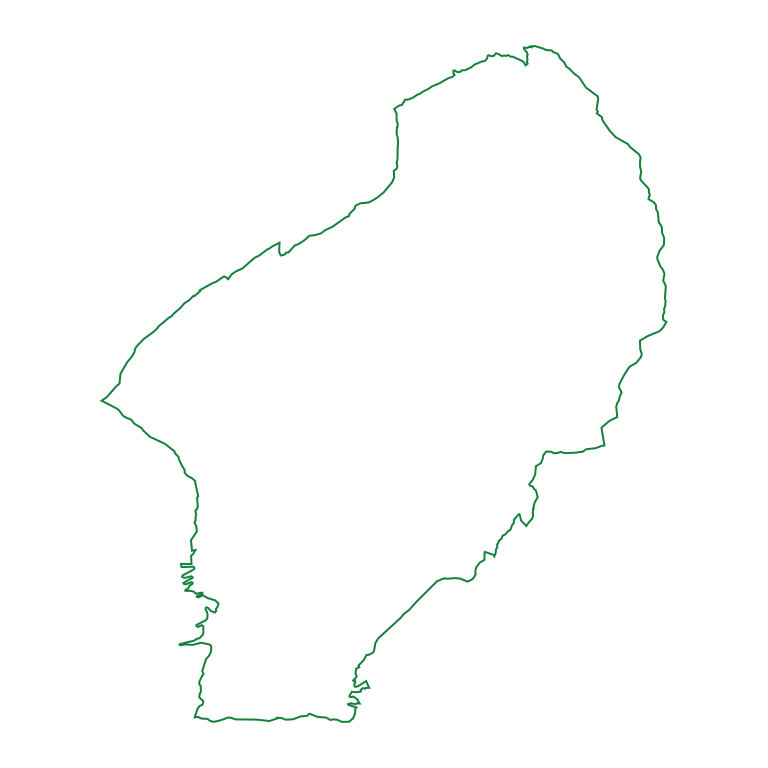 outline of Soimari, Prahova, Romania
{"feature_id": "2599482B11828536886615", "entity_name": "Soimari", "entity_type": "district", "adm_level": 2, "iso_a3": "ROU", "parent_name": "Romania", "parent_adm1": "Prahova", "projection": "equal_earth", "projection_center": [26.208, 45.169], "detail": "fine", "context": "isolated", "style": "outline", "palette": "green", "viewbox_px": 768, "rotation_deg": 0, "n_neighbors": 0, "source": "geoboundaries", "source_scale": "gbopen_adm2", "svg_char_len": 6048}
<svg xmlns="http://www.w3.org/2000/svg" viewBox="0 0 768 768"><path d="M526.3,526.0L528.8,522.3L532.2,518.7L533.2,515.6L532.7,512.2L533.5,508.9L533.1,508.9L533.5,507.1L534.8,502.1L537.7,497.2L535.9,490.4L533.8,488.6L533.0,486.8L529.9,485.5L529.3,484.1L532.9,479.6L535.1,474.7L536.0,466.1L540.9,463.2L542.7,458.8L543.2,455.5L546.2,451.5L551.4,451.8L553.6,453.2L556.9,453.1L561.1,451.9L563.6,452.9L566.0,453.1L575.0,452.7L582.5,451.8L586.0,449.3L595.6,448.2L601.8,445.8L604.4,445.5L601.5,427.6L609.3,421.0L617.3,417.0L616.2,406.6L617.2,403.1L618.9,400.6L619.5,397.3L621.6,392.3L619.3,388.1L619.0,386.4L619.3,384.4L623.6,375.9L628.7,367.8L630.3,366.2L636.1,363.0L641.0,357.0L641.8,354.0L640.2,349.0L640.0,340.5L648.5,335.7L659.6,331.2L663.0,327.6L666.4,322.0L663.2,319.7L662.9,315.5L664.4,312.0L664.0,308.6L665.1,306.7L665.6,300.7L664.9,298.7L665.8,286.1L663.2,280.4L664.5,273.9L662.8,269.5L660.4,266.3L657.7,260.1L657.1,257.4L659.6,250.7L663.9,245.0L664.2,238.2L662.0,232.4L662.0,228.1L661.2,225.6L658.8,222.4L657.8,212.2L656.2,209.5L655.9,205.0L653.6,202.1L648.6,199.2L648.7,197.4L649.8,195.3L648.8,191.7L649.0,189.7L647.6,187.4L641.3,180.9L640.1,178.5L641.2,171.3L640.1,167.2L640.0,161.5L640.6,158.2L640.3,156.9L639.0,154.3L630.2,147.2L628.2,144.3L615.7,137.2L610.0,131.1L603.0,121.0L602.1,119.0L602.1,117.3L596.9,113.4L597.8,111.4L596.5,109.6L598.2,99.1L597.7,96.3L586.1,87.7L579.1,77.3L573.7,73.2L569.2,68.5L566.6,67.0L564.1,62.2L560.1,58.4L557.9,53.9L553.3,52.1L551.8,50.5L546.0,50.0L543.2,48.6L535.1,46.1L530.8,46.3L531.3,47.2L528.7,47.0L527.5,47.9L524.0,47.7L524.0,48.8L526.9,52.5L527.7,54.6L526.9,56.0L527.5,59.5L527.0,62.2L527.6,63.7L525.6,65.4L524.0,62.5L522.1,60.9L512.8,56.7L510.8,56.7L508.1,55.1L505.8,56.0L504.4,55.5L501.9,56.1L498.3,54.0L496.0,53.3L493.7,55.9L491.5,56.2L488.5,55.3L487.5,56.2L487.2,58.4L484.6,61.2L482.2,61.4L474.4,64.6L471.4,67.2L464.9,70.3L462.0,70.2L460.1,71.9L458.2,72.2L456.2,71.6L455.4,70.7L453.4,70.6L453.3,72.9L454.6,75.0L452.1,77.0L448.3,78.2L439.6,83.2L431.6,86.6L428.7,88.8L422.5,91.8L419.5,94.1L417.7,94.5L413.0,97.6L408.5,99.5L404.8,99.8L404.0,102.2L402.9,103.0L402.3,104.7L398.9,105.7L394.2,109.0L396.5,113.4L396.7,121.0L397.7,123.4L397.6,126.7L396.9,127.2L396.6,133.8L397.7,137.8L398.1,143.9L397.7,147.1L397.5,158.7L396.7,163.0L397.4,166.8L396.6,168.7L393.8,170.8L394.2,177.1L392.3,182.0L384.0,192.1L377.7,197.3L371.9,200.9L368.4,202.5L360.4,203.3L356.4,205.2L355.2,206.2L354.5,209.0L349.5,213.7L349.0,216.1L345.6,217.4L332.1,227.0L325.4,230.0L321.0,233.4L315.0,235.1L309.3,235.8L304.3,240.3L298.2,244.3L294.8,245.4L288.4,252.5L286.1,252.6L284.6,254.6L280.9,255.5L279.2,252.3L279.5,242.8L272.4,246.3L268.7,249.0L267.3,249.4L259.2,255.6L254.9,257.6L242.2,268.6L236.1,271.3L231.7,274.3L228.1,279.2L226.5,277.5L224.0,276.4L215.9,281.9L212.7,283.0L199.7,290.3L200.1,291.1L199.2,291.9L194.5,296.0L193.6,295.8L188.9,300.4L184.4,303.3L180.5,307.8L173.2,314.1L171.6,316.3L169.2,317.5L159.0,326.0L156.3,329.4L152.3,332.8L143.6,339.1L136.6,346.4L134.8,349.5L134.7,351.6L131.8,356.7L127.1,362.3L120.5,373.7L119.5,383.5L115.7,386.9L106.8,397.2L101.6,400.7L117.4,408.9L119.3,410.7L123.0,415.7L126.6,417.9L131.1,419.6L134.3,423.6L141.4,428.0L143.9,431.2L150.2,437.0L164.6,443.6L174.6,451.4L174.6,452.8L178.5,456.9L179.1,459.6L181.9,465.6L184.7,470.2L184.6,472.5L187.1,475.6L192.5,478.6L195.3,481.1L195.3,483.2L198.2,496.2L197.1,497.8L197.8,506.9L196.7,509.3L195.4,510.5L196.2,515.0L195.5,516.9L195.7,520.3L194.5,522.4L196.4,526.7L196.8,531.6L191.0,540.2L192.0,550.7L195.4,550.1L193.2,553.9L191.1,555.8L191.5,564.0L180.9,564.0L181.5,567.1L193.1,566.7L194.2,567.4L194.5,568.6L192.7,570.1L182.6,575.4L182.1,576.8L183.5,577.7L185.3,577.8L191.4,576.3L192.7,577.4L191.8,578.6L190.2,579.0L183.4,583.0L183.7,583.8L185.8,584.3L191.4,582.1L192.7,582.9L192.4,583.9L189.4,585.7L188.1,588.6L185.4,589.9L185.4,590.8L190.8,590.9L193.9,591.7L195.9,593.7L202.1,592.6L202.6,593.4L202.3,594.3L197.4,595.9L196.8,596.7L198.4,597.4L202.1,595.5L203.4,595.6L207.4,598.0L215.2,600.4L218.4,603.4L217.8,606.4L215.9,609.0L216.0,611.2L214.9,612.5L210.8,610.9L208.1,607.9L206.8,607.4L205.8,607.8L205.5,609.3L206.8,611.4L207.5,614.5L207.3,618.4L205.6,620.4L196.6,624.8L196.5,626.2L197.9,626.9L201.8,625.2L203.3,626.3L203.3,632.9L202.9,634.5L201.1,636.6L199.4,638.2L196.7,638.9L194.0,640.7L180.1,644.0L179.5,644.7L180.3,645.3L185.2,644.4L192.6,644.9L201.3,642.7L209.4,644.5L210.9,645.5L211.3,648.1L211.0,651.9L208.8,656.1L206.0,659.0L202.2,671.3L203.6,674.1L202.3,675.6L199.3,681.8L199.3,684.3L200.7,685.8L200.9,691.7L199.7,694.1L199.2,696.7L200.1,698.3L203.3,701.0L203.0,703.4L202.4,704.7L199.5,706.1L197.5,708.9L194.7,717.3L198.1,717.0L201.6,718.6L207.4,718.9L210.0,720.8L213.5,721.9L220.7,720.3L227.6,717.6L230.9,717.7L235.5,719.4L256.5,719.6L269.5,721.0L277.0,718.5L276.5,718.2L276.7,717.8L280.9,717.8L285.7,719.7L293.0,719.3L301.0,716.3L307.3,715.8L308.5,714.2L309.7,713.8L317.5,716.9L326.2,717.6L330.4,720.0L333.0,719.4L337.4,719.8L342.0,721.9L349.1,721.7L352.8,718.6L353.7,716.9L355.1,713.5L355.3,708.9L356.4,707.5L348.3,704.8L348.0,704.2L350.8,703.3L355.7,704.2L356.8,703.3L359.7,703.5L357.1,699.2L353.2,696.5L351.7,697.1L349.5,696.7L349.5,695.7L351.9,691.8L356.5,692.3L360.2,691.7L361.0,691.4L360.6,689.9L362.8,688.2L365.1,688.7L365.7,687.9L369.2,687.8L366.1,681.1L358.0,686.2L355.7,686.9L354.7,686.6L354.1,684.5L355.2,682.9L355.1,680.8L353.6,681.1L353.1,680.4L354.7,679.2L356.7,676.4L355.5,673.4L356.2,668.7L359.3,667.1L358.5,665.3L363.5,660.5L366.4,655.1L368.6,654.9L372.8,652.8L374.1,650.7L375.4,643.1L378.1,638.5L400.6,617.9L404.0,613.8L409.0,610.1L416.9,601.3L437.2,581.1L444.2,578.3L447.4,578.7L455.2,578.1L459.9,578.5L467.7,581.6L472.8,578.9L475.7,574.4L475.2,571.4L476.3,567.2L479.8,562.6L484.4,559.8L484.6,552.3L484.9,551.9L493.6,554.9L494.4,556.3L495.6,553.2L496.0,549.4L497.2,547.7L497.2,544.4L498.5,542.6L499.0,540.6L501.4,538.8L502.8,535.5L505.3,534.4L508.2,531.0L510.2,530.1L512.1,525.1L513.8,523.0L513.9,519.8L518.5,514.5L519.0,514.2L519.8,514.9L521.1,520.6L526.3,526.0Z" fill="none" stroke="#15803d" stroke-width="2"/></svg>